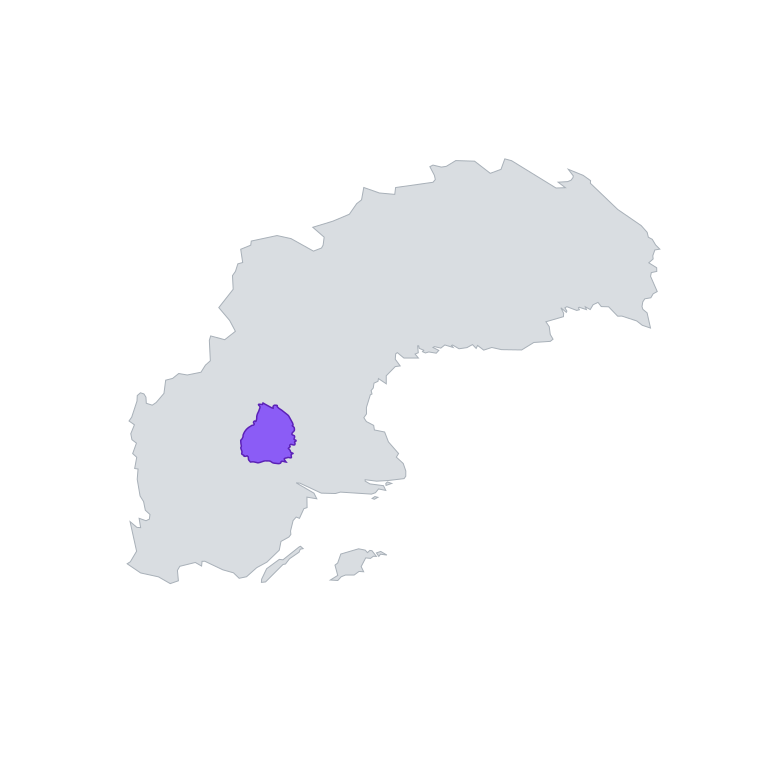 where Orebro sits in Sweden, rotated 24°
{"feature_id": "SWE-183", "entity_name": "Orebro", "entity_type": "County", "adm_level": 1, "iso_a3": "SWE", "parent_name": "Sweden", "parent_adm1": "", "projection": "equal_earth", "projection_center": [15.084, 59.383], "detail": "fine", "context": "in_parent", "style": "filled", "palette": "violet", "viewbox_px": 768, "rotation_deg": 24, "n_neighbors": 0, "source": "natural_earth", "source_scale": "10m", "svg_char_len": 6321}
<svg xmlns="http://www.w3.org/2000/svg" viewBox="0 0 768 768"><g transform="rotate(24 384 384)"><path d="M171.9,492.9L174.7,498.3L180.9,497.6L183.4,493.6L186.8,482.1L183.0,469.3L188.6,464.9L192.2,457.9L200.6,455.8L212.0,447.7L213.2,439.4L215.9,433.4L206.7,415.2L206.1,410.6L220.5,408.3L226.8,396.3L217.1,388.7L202.0,381.4L207.7,358.8L201.5,346.6L202.5,341.5L201.6,333.7L205.5,330.5L198.3,319.2L205.8,311.4L204.6,307.4L225.9,291.9L239.9,289.0L265.5,291.3L271.6,285.2L271.9,281.9L269.6,274.2L255.2,269.8L271.0,256.1L283.3,243.0L285.7,230.3L288.6,224.9L285.6,212.7L302.0,211.4L316.7,206.4L314.7,199.8L346.7,179.8L347.7,176.3L345.2,172.9L337.5,166.8L339.7,164.1L348.2,162.5L352.4,159.8L358.7,150.7L376.1,143.6L395.4,148.3L403.6,140.3L402.8,129.2L409.7,128.1L461.4,135.0L469.9,130.9L461.0,128.8L469.5,124.4L472.0,121.7L472.7,118.6L472.3,116.9L465.0,112.9L481.2,112.4L490.0,114.2L490.9,116.7L526.5,129.5L554.6,134.7L562.7,138.4L565.8,142.4L570.2,142.7L575.6,146.5L581.1,148.6L576.9,151.4L577.4,157.5L579.0,160.3L576.6,165.6L585.8,166.9L587.4,170.2L582.9,173.5L583.7,177.2L596.0,188.4L593.2,192.1L592.7,196.7L587.6,200.1L587.0,203.7L588.2,208.3L590.1,210.5L595.4,212.0L604.7,224.5L596.0,225.3L589.2,223.6L573.7,225.2L569.9,227.0L557.8,222.1L551.0,224.9L546.3,222.4L542.8,226.5L542.1,232.1L536.5,231.6L538.7,233.7L531.1,234.5L530.6,235.3L532.3,236.7L530.1,238.4L519.6,239.0L518.3,240.8L521.4,243.0L521.4,244.4L514.6,242.4L519.4,246.4L520.5,249.5L506.6,261.3L511.6,264.4L515.8,271.2L520.2,274.3L518.6,277.4L504.0,285.1L495.9,296.9L477.4,304.8L467.6,306.8L461.3,312.5L453.8,310.7L453.7,314.0L448.8,312.0L445.0,317.0L438.2,321.3L430.8,320.5L430.0,321.3L432.3,322.5L423.7,323.6L421.3,328.1L414.9,329.3L413.9,330.7L420.4,331.0L419.2,334.6L411.9,336.5L409.2,338.8L406.0,338.8L406.6,337.0L401.7,337.1L400.1,335.0L399.2,335.5L402.6,341.5L400.2,344.0L404.9,346.3L391.6,352.2L383.4,349.9L382.4,351.7L384.2,356.8L391.4,360.9L387.2,363.5L382.7,375.6L386.0,382.9L376.7,381.3L377.4,384.0L374.5,387.3L375.8,392.0L374.9,395.2L377.1,398.0L375.9,399.4L377.5,412.7L380.2,418.4L379.3,423.0L383.2,425.5L391.4,426.0L393.9,429.9L404.1,427.6L411.6,435.1L425.6,441.6L425.0,445.8L433.9,448.8L439.3,454.6L441.4,459.4L440.8,462.3L427.2,470.4L416.7,475.8L405.7,479.1L406.3,480.4L411.7,481.0L424.9,477.1L428.9,480.5L421.7,482.1L420.4,486.8L417.3,489.7L388.1,500.5L384.2,503.8L371.1,509.2L347.5,508.8L343.9,510.0L364.4,512.2L369.3,516.2L359.6,518.7L364.0,528.2L361.5,530.5L361.4,541.1L357.9,541.3L356.5,545.7L358.4,556.3L360.1,559.3L359.4,562.4L353.9,569.7L355.9,578.4L349.5,594.3L342.4,603.6L336.8,616.0L330.7,620.4L323.3,617.7L312.4,619.3L292.4,618.8L289.9,620.0L291.4,624.5L284.2,623.8L271.6,633.6L271.1,638.3L276.2,647.4L269.9,653.3L256.4,651.9L238.5,655.6L222.5,652.7L224.6,649.5L226.0,637.4L208.0,613.0L216.6,615.5L220.1,614.2L214.9,606.3L222.2,605.7L224.6,602.9L223.3,598.4L217.3,596.4L212.2,589.2L206.7,585.5L197.3,571.4L193.9,561.7L190.6,562.6L187.9,551.5L182.7,549.8L181.9,538.7L176.4,537.4L172.9,532.4L172.6,522.8L166.1,521.5L167.0,516.9L165.3,500.1L163.3,494.9L165.1,491.1L168.7,490.7L171.9,492.9ZM447.2,544.6L444.3,545.7L442.6,548.8L438.0,550.3L437.4,560.1L441.8,563.8L437.4,565.4L434.4,570.7L426.5,574.2L423.3,577.5L421.7,582.3L414.7,584.9L419.6,577.7L412.9,569.4L414.5,566.4L413.7,556.9L427.8,544.9L434.4,543.4L437.5,544.8L438.7,541.8L440.8,541.2L447.2,544.6ZM356.3,613.0L352.7,615.1L351.6,612.1L351.9,600.5L359.7,586.8L363.2,585.7L372.7,567.4L373.7,566.2L377.1,567.3L374.7,569.0L374.8,572.2L368.8,582.0L367.2,588.5L365.1,590.0L356.3,613.0ZM450.0,540.9L449.4,543.6L445.8,541.4L449.1,538.3L456.2,539.1L450.0,540.9ZM431.5,471.7L427.1,475.8L426.1,474.1L427.0,472.1L431.5,471.7ZM422.1,493.2L419.7,493.4L421.4,490.6L424.5,490.0L422.1,493.2Z" fill="#d9dde1" stroke="#a8b0b8" stroke-width="1"/><path d="M281.9,470.5L282.1,470.3L282.2,469.6L281.9,467.8L281.6,467.0L281.2,466.0L280.9,465.3L280.6,463.6L280.5,462.6L280.6,459.8L280.3,456.1L280.0,455.3L279.4,454.8L278.3,454.4L277.9,454.1L277.7,453.8L277.8,453.5L278.3,453.2L281.3,452.1L281.2,450.6L290.6,451.4L291.5,451.4L292.5,451.2L291.8,449.6L291.9,448.9L292.4,448.0L294.0,447.3L294.7,447.1L295.2,447.1L295.3,447.3L295.4,447.6L295.5,447.9L295.7,448.1L296.3,448.4L298.0,449.0L301.1,449.5L308.9,451.5L309.6,451.8L310.0,452.0L316.6,457.0L316.9,457.6L317.5,458.2L317.6,458.6L317.5,458.9L317.2,459.3L317.3,459.5L317.8,459.7L318.5,459.8L319.6,460.3L320.1,460.9L320.8,462.2L321.0,463.0L320.8,463.9L320.1,465.8L320.1,466.8L320.3,467.4L320.6,467.6L321.0,467.7L322.5,467.7L323.2,467.8L323.7,468.3L324.0,469.1L324.1,470.3L324.2,470.8L324.5,471.2L325.0,471.3L325.9,471.2L326.3,471.2L326.7,471.5L326.8,471.9L326.6,472.3L325.9,473.1L325.9,473.3L325.9,473.5L326.1,473.7L326.9,474.5L327.1,475.1L327.2,475.7L326.8,476.2L326.1,476.5L323.4,477.0L323.1,477.3L322.9,477.8L322.8,478.3L323.0,478.7L323.2,479.0L323.6,479.3L323.8,479.5L322.9,481.3L322.8,481.7L323.0,481.9L324.4,482.4L325.3,482.9L326.1,483.8L326.6,484.2L327.1,484.4L328.6,484.3L329.1,484.4L329.1,484.6L328.9,484.8L328.2,485.6L327.9,486.0L328.0,486.4L328.3,487.1L329.2,488.5L329.3,488.9L329.1,489.2L328.6,489.5L327.9,489.7L326.8,489.9L326.3,490.1L325.8,490.4L325.4,490.9L324.2,491.7L323.8,492.1L323.4,492.5L323.3,492.9L323.6,493.3L324.0,493.8L326.3,495.1L324.7,495.5L323.7,495.6L322.7,495.9L322.0,496.2L321.7,496.6L321.6,496.9L321.7,497.2L321.8,497.7L321.6,498.4L320.7,499.3L319.7,499.8L315.8,501.0L314.8,501.2L313.8,501.2L312.5,500.9L311.6,500.8L310.4,501.0L306.6,502.6L305.5,503.4L302.7,506.0L301.5,506.9L300.9,507.3L296.7,508.1L295.5,508.6L293.7,509.6L291.4,508.5L290.7,507.8L290.2,506.7L289.6,505.8L288.9,505.5L288.2,505.3L287.8,505.5L287.6,505.7L287.5,505.9L287.4,506.1L287.1,506.3L286.5,506.6L285.8,506.9L285.5,506.9L285.3,506.7L285.2,506.3L284.8,506.2L283.4,506.1L282.5,505.8L282.2,505.3L282.1,504.5L281.9,503.8L281.4,503.1L279.4,501.0L279.1,500.4L279.0,499.9L279.1,499.3L279.0,498.9L278.8,498.5L278.1,497.5L277.4,496.4L276.8,495.3L276.6,494.9L276.0,493.7L276.6,492.0L276.7,490.3L276.6,489.4L276.1,488.1L276.0,487.5L276.0,485.6L276.1,484.2L276.7,481.6L277.4,479.9L278.2,478.4L279.5,476.6L279.7,476.1L279.8,475.9L280.1,475.6L281.3,474.8L281.6,474.4L281.8,473.9L281.7,473.3L281.6,473.1L280.9,472.7L280.5,472.4L280.3,472.0L280.3,471.5L280.5,470.8L280.9,470.4L281.2,470.3L281.5,470.4L281.9,470.5Z" fill="#8b5cf6" stroke="#5b21b6" stroke-width="1.5"/></g></svg>